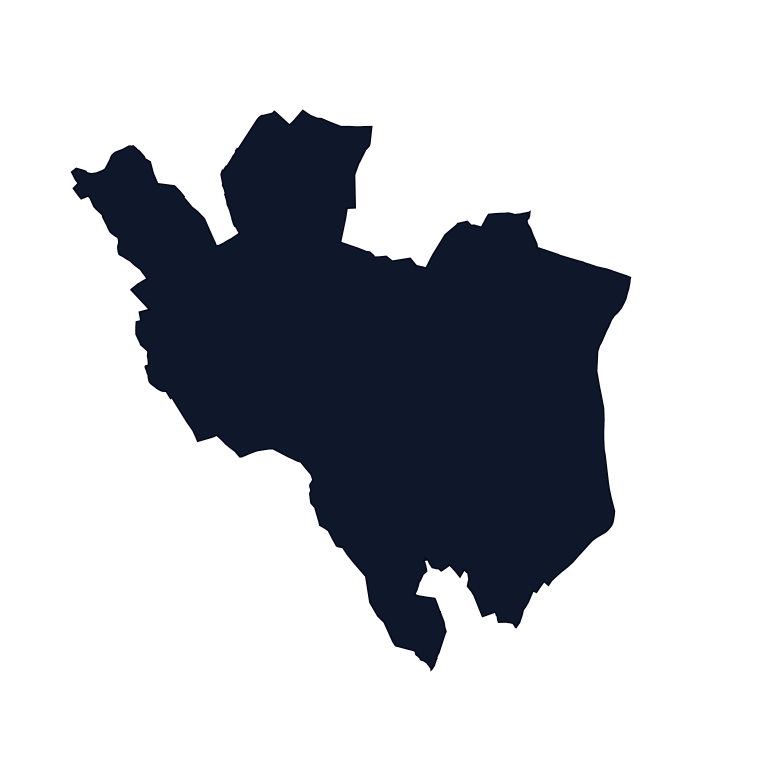 Kūku pag., Krustpils, Latvia (orthographic projection), rotated 258°
{"feature_id": "27541924B42844241256431", "entity_name": "Kūku pag.", "entity_type": "district", "adm_level": 2, "iso_a3": "LVA", "parent_name": "Latvia", "parent_adm1": "Krustpils", "projection": "orthographic", "projection_center": [26.01, 56.519], "detail": "fine", "context": "isolated", "style": "filled", "palette": "ink", "viewbox_px": 768, "rotation_deg": 258, "n_neighbors": 0, "source": "geoboundaries", "source_scale": "gbopen_adm2", "svg_char_len": 6116}
<svg xmlns="http://www.w3.org/2000/svg" viewBox="0 0 768 768"><g transform="rotate(258 384 384)"><path d="M125.5,341.0L117.1,357.7L116.6,358.4L116.1,358.8L115.2,359.1L113.9,358.9L112.3,359.2L110.6,360.8L108.6,362.2L107.4,362.3L106.8,363.0L106.4,362.9L105.0,365.5L101.3,368.7L101.1,368.8L100.7,368.6L100.0,369.1L96.6,370.6L96.5,370.8L95.7,371.0L95.3,370.7L94.5,370.6L95.2,371.7L98.0,374.5L103.1,377.5L103.2,377.4L104.7,378.7L105.2,378.4L109.8,381.5L109.6,381.7L127.2,391.9L128.0,392.6L128.5,392.8L129.0,393.2L133.3,392.8L138.9,393.1L148.5,391.6L149.6,391.7L149.7,391.2L157.1,390.3L162.5,389.4L163.7,389.1L167.0,379.9L169.6,373.5L169.7,373.0L170.2,372.3L171.9,370.3L175.6,373.2L179.4,375.4L182.9,377.1L183.4,377.8L184.6,378.9L189.7,382.6L191.9,386.7L194.2,386.9L197.8,386.9L201.3,386.6L202.9,386.3L203.3,388.2L203.2,388.5L204.9,388.3L202.5,390.4L200.0,391.3L199.8,391.0L194.5,393.0L192.8,396.5L192.2,398.5L191.8,399.3L189.3,401.0L189.3,401.4L190.5,404.3L192.7,409.3L193.0,409.7L193.0,410.8L185.8,415.1L179.4,418.2L185.2,423.4L185.5,424.1L183.6,425.1L182.5,425.9L182.6,426.3L182.7,426.6L181.5,426.8L175.4,426.5L174.4,426.2L173.1,425.4L168.8,423.6L162.6,426.7L158.4,428.1L136.1,432.0L137.9,445.5L137.2,445.7L134.5,445.9L133.4,446.5L129.4,446.3L127.2,446.5L126.0,453.0L125.6,454.6L124.9,456.1L124.6,457.3L123.3,460.1L122.8,460.8L122.1,460.8L121.7,461.2L121.1,461.2L120.4,461.8L119.3,461.7L118.3,462.5L121.2,465.6L122.2,466.2L122.5,465.8L123.0,466.1L122.3,466.9L129.7,471.2L134.1,473.2L136.2,475.6L140.7,479.8L150.5,486.6L150.2,487.5L148.5,489.8L151.9,493.3L157.6,499.5L152.9,503.0L156.7,506.9L159.2,510.9L163.1,517.7L167.3,526.0L170.6,531.6L175.1,537.6L187.2,554.5L188.5,557.0L189.8,560.0L191.2,564.1L192.2,567.2L193.1,569.9L194.4,572.2L196.4,574.9L198.4,577.2L200.7,578.9L201.9,579.5L206.2,581.2L211.6,583.0L226.0,582.4L234.8,582.4L241.7,582.9L268.3,585.4L274.2,585.6L284.5,587.3L291.7,588.8L303.9,591.8L314.7,593.7L328.0,594.0L336.9,594.1L352.6,594.7L371.5,599.7L376.7,602.7L379.6,605.3L390.2,612.8L393.4,615.5L399.7,619.9L402.9,623.3L405.9,628.1L409.1,631.9L413.5,635.6L417.3,638.4L421.7,640.5L425.8,642.8L431.9,645.4L434.7,646.2L436.9,647.2L439.1,644.1L442.5,638.2L449.6,626.6L454.2,616.6L458.7,609.0L460.4,605.9L461.8,604.0L464.0,599.6L472.7,583.6L474.1,581.3L474.3,581.4L484.9,563.4L485.3,562.3L489.0,562.6L489.8,562.5L498.8,560.6L505.0,559.7L506.2,559.4L510.5,557.8L512.7,557.6L514.3,557.8L514.8,558.2L515.2,558.7L516.0,559.9L517.3,560.9L522.1,562.5L521.7,561.6L521.9,552.3L522.4,547.0L523.7,544.9L525.4,541.1L525.7,537.8L526.6,533.1L527.4,527.9L528.1,521.5L523.8,517.5L522.1,516.3L519.2,513.7L517.0,512.0L520.6,505.1L521.0,502.2L525.7,499.4L525.6,489.4L524.4,488.2L517.3,474.9L500.4,458.8L496.7,455.7L488.6,449.2L490.1,446.7L491.1,444.2L493.0,440.2L501.5,435.8L502.4,417.7L508.4,412.7L509.2,405.5L509.9,401.8L509.7,400.8L511.6,400.7L516.0,397.5L517.2,394.1L522.2,386.6L531.6,370.9L553.4,380.5L563.6,384.4L562.3,392.5L594.7,398.7L595.9,399.4L606.3,405.9L606.1,406.1L616.8,414.6L620.0,419.1L621.9,420.1L638.3,425.5L639.7,418.4L640.0,416.0L641.0,410.8L643.2,402.7L644.7,395.4L651.0,385.8L656.6,377.9L657.7,373.9L661.7,368.0L665.0,364.7L668.5,361.5L660.2,350.6L656.9,345.4L672.6,334.2L673.5,333.3L672.7,332.3L672.1,331.3L671.9,330.0L671.8,323.7L671.6,321.3L671.1,320.0L671.5,319.8L672.2,321.1L671.7,319.4L671.3,318.4L670.7,317.3L669.6,315.9L668.5,314.5L644.0,290.0L644.8,289.3L642.8,287.3L642.4,287.5L641.8,287.4L638.6,284.5L638.8,284.3L637.4,282.9L637.2,283.1L629.3,275.3L629.8,274.9L628.1,273.0L625.3,270.8L625.7,270.0L625.9,270.0L623.0,268.2L613.5,268.0L611.9,267.4L608.1,268.3L606.0,268.4L602.8,268.5L602.6,267.7L600.8,268.0L595.8,268.3L591.9,268.0L589.7,268.6L585.9,269.3L579.0,269.7L576.9,270.1L576.8,269.7L571.7,270.2L569.5,270.8L569.9,271.4L561.6,273.9L560.4,271.5L558.6,266.8L558.1,265.8L555.8,258.2L555.4,257.7L553.7,251.1L554.3,248.5L557.9,248.0L559.7,247.5L583.1,242.6L590.9,237.7L591.1,237.7L596.8,232.9L597.6,232.5L608.0,227.0L608.8,227.5L614.5,224.6L621.3,220.3L626.6,205.3L626.1,204.4L638.0,202.1L650.0,201.5L653.2,197.9L653.5,197.3L654.0,197.0L655.8,196.9L662.7,193.1L664.4,191.4L666.7,190.1L667.4,189.4L668.9,188.3L669.1,188.0L668.7,186.7L669.4,185.7L669.7,183.9L669.3,183.2L669.2,182.3L667.6,176.9L666.6,169.9L665.9,168.1L664.3,165.5L661.8,163.4L660.7,163.0L652.4,156.1L652.1,155.6L651.3,153.4L650.1,146.5L650.5,141.3L652.2,137.5L654.0,136.6L655.5,134.2L658.9,127.8L656.3,122.5L648.1,124.7L643.9,126.7L639.9,120.8L631.9,124.4L628.1,126.3L629.5,133.9L626.7,135.3L618.0,137.1L614.9,138.9L609.1,143.0L607.7,143.8L605.4,143.7L594.7,146.6L594.5,146.4L591.9,147.1L589.7,147.8L587.5,149.4L584.2,152.4L583.1,153.8L582.6,154.1L580.8,154.4L578.1,154.2L576.5,153.7L574.7,152.6L573.8,152.2L571.9,151.9L568.5,151.6L566.6,151.7L566.0,151.9L565.4,152.3L562.9,155.4L559.6,158.6L558.0,160.5L556.8,161.6L552.5,164.6L546.9,169.5L545.2,170.3L542.6,171.3L539.9,172.7L536.2,174.2L535.2,170.8L533.0,164.3L529.6,157.4L528.8,156.1L505.7,170.0L505.2,159.6L496.5,159.4L496.3,157.6L496.3,154.7L491.3,153.3L487.7,152.5L484.1,151.8L474.5,154.1L473.0,154.2L465.6,159.7L464.3,159.8L460.5,158.5L457.7,158.5L453.6,158.0L451.0,157.1L451.3,154.9L451.1,154.5L450.7,154.1L449.6,154.0L446.3,154.6L443.7,154.7L441.8,155.2L438.8,154.8L435.1,154.9L433.8,155.5L432.5,156.3L426.5,161.4L424.7,163.5L423.2,165.5L422.7,167.2L422.5,168.1L422.1,169.5L419.3,170.4L414.3,172.2L415.1,173.6L392.0,181.9L390.9,182.4L390.5,182.4L388.1,183.3L378.2,187.5L370.4,189.2L366.7,189.8L367.9,206.4L368.9,209.6L365.2,212.3L360.7,215.3L358.7,216.4L354.4,219.8L349.3,224.3L342.7,227.8L342.4,229.2L343.1,233.5L343.9,237.1L345.0,244.0L345.2,247.0L344.6,257.6L343.8,261.9L332.6,275.5L326.6,283.5L325.1,286.4L317.9,290.0L310.9,293.8L309.5,294.1L305.2,294.5L305.0,294.4L303.4,293.1L301.4,291.0L299.9,290.3L298.9,290.2L295.4,290.5L292.1,288.6L282.7,287.8L277.6,290.7L262.5,291.8L260.5,291.9L259.3,291.7L254.9,296.6L252.2,299.1L243.8,301.4L235.5,303.9L234.8,304.7L232.7,309.3L232.3,309.8L224.9,312.7L216.5,316.9L200.8,325.5L199.9,326.2L173.2,324.8L158.3,329.7L150.9,334.6L130.2,339.1L125.7,340.8L125.5,341.0Z" fill="#0f172a" stroke="#020617" stroke-width="1.5"/></g></svg>